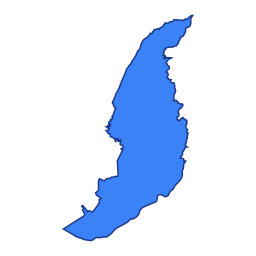 the district of Tabalong, Kalimantan Selatan, Indonesia
{"feature_id": "22746128B29828162207979", "entity_name": "Tabalong", "entity_type": "district", "adm_level": 2, "iso_a3": "IDN", "parent_name": "Indonesia", "parent_adm1": "Kalimantan Selatan", "projection": "orthographic", "projection_center": [115.6, -1.837], "detail": "fine", "context": "isolated", "style": "filled", "palette": "blue", "viewbox_px": 256, "rotation_deg": 0, "n_neighbors": 0, "source": "geoboundaries", "source_scale": "gbopen_adm2", "svg_char_len": 5876}
<svg xmlns="http://www.w3.org/2000/svg" viewBox="0 0 256 256"><path d="M185.7,161.1L184.8,161.0L184.3,161.5L183.9,161.5L183.7,160.8L184.0,160.2L183.4,158.8L181.9,158.3L180.5,158.4L180.2,157.7L181.2,156.6L181.6,155.7L182.4,154.9L182.6,154.0L182.4,152.3L182.7,151.8L183.4,151.5L183.7,150.8L183.5,150.2L184.4,149.4L185.1,148.0L185.1,147.4L186.1,146.9L187.0,146.9L186.2,146.4L185.2,144.7L185.7,143.7L185.6,143.3L186.5,142.0L186.3,140.9L186.6,140.1L186.5,139.5L187.5,137.6L186.7,136.4L187.3,135.8L187.7,135.1L187.7,134.4L187.4,133.5L188.0,133.3L188.1,133.0L187.1,132.5L186.6,131.5L186.6,131.0L187.3,130.5L187.6,129.9L186.2,127.9L185.6,126.3L185.8,125.6L187.0,123.5L186.7,121.7L186.8,120.8L186.6,120.2L186.4,120.1L185.7,120.2L184.4,118.8L183.9,118.7L183.4,118.3L183.2,117.8L182.8,117.5L182.4,117.6L181.9,118.2L181.1,118.5L180.2,119.9L179.2,120.4L178.9,120.4L178.6,120.1L178.2,120.6L177.0,118.9L176.9,117.7L177.9,117.0L178.9,115.5L178.9,113.8L178.3,113.0L178.3,110.9L178.9,109.8L179.6,109.1L180.4,108.6L180.3,108.4L180.6,107.9L181.5,107.6L181.7,106.8L182.2,106.5L182.8,105.6L182.8,104.4L182.1,104.4L181.8,103.8L181.2,104.2L180.5,104.1L180.3,103.8L179.1,103.6L178.7,103.3L178.1,103.1L178.4,102.2L177.0,101.7L176.6,100.6L176.0,100.3L175.7,100.3L175.6,100.6L174.8,100.4L174.6,100.6L174.0,100.3L173.6,100.5L174.0,98.9L173.8,97.8L173.9,96.4L173.8,96.1L174.1,95.3L174.1,94.0L174.6,93.7L174.7,93.2L175.0,93.1L175.1,92.2L175.5,91.6L175.6,91.3L175.2,90.5L175.5,90.0L174.5,87.2L174.8,85.9L174.3,84.4L174.4,83.6L174.3,83.2L173.8,83.2L173.6,82.9L172.2,82.9L171.3,82.5L170.6,81.6L170.7,80.3L171.1,79.7L169.3,79.8L168.0,78.9L168.3,78.3L167.4,77.7L167.4,76.4L167.7,75.4L168.2,75.0L168.0,74.7L168.2,73.8L167.5,72.9L166.6,72.3L166.2,72.3L166.0,71.6L167.5,70.7L167.9,69.7L168.7,69.1L169.3,68.4L169.4,68.0L169.3,66.5L167.4,65.2L166.9,63.6L166.6,63.6L166.2,62.8L166.3,61.8L167.3,61.1L168.3,59.4L171.4,58.0L169.7,57.7L167.3,57.8L166.9,57.6L166.6,58.0L166.2,57.9L166.0,57.4L165.5,58.1L164.5,58.1L164.7,58.4L164.4,58.8L164.0,58.4L163.9,57.6L164.9,56.5L165.4,56.4L165.4,56.0L164.2,55.4L163.4,55.5L163.1,55.3L163.8,54.5L163.8,53.9L163.5,53.5L163.8,53.0L163.6,52.7L164.0,51.6L163.9,51.1L164.2,50.9L164.1,50.4L164.5,50.4L165.0,49.4L165.5,49.3L165.7,48.8L165.5,48.3L166.2,48.2L167.0,47.5L167.4,47.5L167.8,47.3L168.7,47.3L170.1,46.9L170.8,47.3L171.4,47.0L173.1,47.0L173.5,46.8L174.3,46.0L175.7,46.0L176.5,45.8L176.5,45.4L177.1,44.5L178.4,43.4L178.3,42.0L178.7,41.3L179.4,40.8L179.6,39.5L180.5,38.6L180.5,37.4L180.9,36.9L182.5,36.6L183.1,36.0L184.8,33.2L185.3,32.1L185.8,28.3L186.1,27.8L188.5,27.1L190.0,25.9L190.8,23.7L190.7,19.2L191.4,17.4L192.7,15.4L191.9,15.4L191.1,15.7L187.8,18.4L186.1,19.2L185.7,19.0L185.2,19.0L184.6,19.9L184.2,20.1L183.6,20.0L183.1,20.5L182.9,20.3L181.0,20.1L180.7,20.2L180.4,20.0L179.0,20.4L177.1,19.7L175.2,19.9L174.9,19.7L174.1,19.6L173.4,20.7L172.0,21.7L171.3,21.8L170.7,21.7L169.7,21.9L168.4,23.2L165.0,23.0L164.7,23.7L163.7,24.7L162.9,26.5L162.3,26.6L161.8,27.2L160.3,27.8L159.2,28.8L159.1,29.3L158.8,29.3L158.4,28.8L158.0,28.6L156.5,29.3L154.3,29.6L153.8,30.0L153.6,30.9L152.8,31.8L152.4,32.0L152.4,32.8L151.8,33.2L151.8,33.6L151.5,33.8L151.0,33.7L150.2,33.3L149.0,35.4L147.8,36.7L146.3,37.9L144.9,38.7L143.1,40.2L140.9,44.6L140.2,47.7L139.5,49.5L137.9,50.7L135.5,56.1L134.7,57.1L134.3,58.2L132.2,60.9L131.1,63.3L129.3,65.3L126.5,69.3L124.1,75.8L121.4,81.5L120.8,83.8L120.3,84.6L119.3,87.7L116.7,92.6L116.2,93.1L115.3,96.1L112.4,102.6L112.6,103.7L113.7,104.5L113.8,106.5L115.7,107.5L115.3,108.1L115.6,108.6L115.0,109.0L115.1,109.4L113.4,113.8L113.6,114.3L113.1,114.8L112.9,115.5L112.0,116.4L112.1,116.8L112.8,115.7L113.1,116.2L112.0,118.9L112.1,119.4L110.8,119.4L111.5,120.3L111.4,120.5L110.2,121.0L110.0,121.3L109.1,121.5L108.7,123.1L109.2,123.7L108.7,123.8L108.7,124.2L109.1,124.8L109.2,125.4L110.4,124.6L110.1,125.9L109.9,126.2L107.8,125.7L108.0,126.5L108.6,126.5L108.6,126.8L107.6,126.7L107.5,127.3L106.7,126.9L106.4,126.9L107.7,127.9L108.0,127.6L108.4,128.5L108.8,128.3L109.2,129.0L109.1,129.5L108.1,130.4L105.9,130.5L106.3,131.0L106.9,130.9L107.6,131.9L107.4,132.6L108.4,133.7L108.9,133.8L109.8,133.5L110.2,134.3L110.2,135.8L110.4,136.5L110.9,137.0L112.3,137.2L112.5,137.5L113.8,138.0L114.5,139.1L115.6,141.6L115.8,141.5L115.8,140.6L116.0,140.2L115.9,139.5L116.4,138.7L117.5,138.7L117.6,140.7L118.4,141.6L118.7,141.5L118.4,141.1L118.7,140.1L118.9,140.2L119.7,140.8L120.2,139.9L120.8,139.8L120.8,140.0L120.6,140.2L120.8,141.7L120.4,142.3L120.4,143.1L120.1,144.1L120.6,144.9L122.0,144.8L122.6,145.5L123.1,146.8L123.1,147.2L122.6,148.1L122.0,148.5L121.1,148.7L121.4,149.1L121.9,149.4L122.7,149.3L122.8,149.8L117.3,160.9L118.2,175.7L117.8,176.3L115.5,176.4L113.6,177.0L111.8,177.1L110.5,178.0L106.9,178.7L105.9,179.2L105.3,179.9L105.0,180.7L104.6,180.9L102.9,180.4L100.7,179.2L99.4,178.7L98.4,181.7L98.6,190.0L96.8,192.0L95.6,192.7L96.1,194.2L96.8,195.3L101.3,198.3L100.2,199.4L99.2,199.4L99.0,199.9L99.3,200.4L99.4,202.0L98.9,203.3L98.1,204.2L98.0,204.9L92.8,211.9L88.2,210.7L87.2,211.9L87.0,210.9L85.1,208.2L83.0,206.2L82.6,206.1L82.8,205.7L82.1,205.6L81.7,206.4L83.2,207.5L83.8,208.4L83.6,208.9L82.5,209.7L84.8,214.8L83.8,216.0L63.3,229.0L71.0,233.4L76.0,236.5L82.5,238.8L84.2,239.6L91.0,240.6L92.3,240.2L95.8,237.8L97.1,237.4L100.1,237.7L103.2,237.0L106.9,236.9L107.4,236.1L108.4,235.8L111.6,233.3L113.8,230.6L116.5,228.2L126.4,222.8L127.8,221.8L130.1,219.4L131.3,219.0L132.3,219.0L134.0,218.5L136.2,217.1L138.2,214.9L139.1,213.2L140.0,210.3L141.0,208.8L141.9,208.0L146.3,205.7L154.8,202.3L156.1,201.5L156.5,200.9L157.0,199.7L157.5,195.9L158.3,195.1L159.4,194.6L160.5,194.5L164.5,196.4L165.3,196.6L166.8,196.4L168.1,195.5L170.4,191.2L172.0,190.1L173.2,189.0L174.6,186.3L175.5,185.1L179.5,181.0L181.4,178.1L182.3,175.7L182.4,173.9L182.1,171.2L183.4,168.4L183.6,164.7L184.5,162.8L185.2,162.0L185.4,161.5L185.7,161.1Z" fill="#3b82f6" stroke="#1e3a8a" stroke-width="1.5"/></svg>